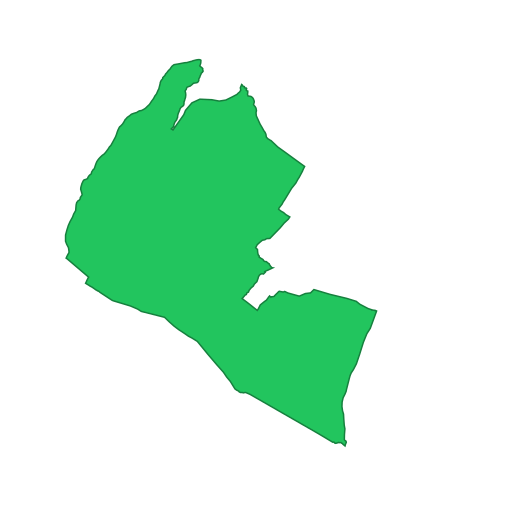 Kaskazini B, Kaskazini-Unguja, United Republic of Tanzania, rotated 38°
{"feature_id": "72390352B15073652071238", "entity_name": "Kaskazini B", "entity_type": "district", "adm_level": 2, "iso_a3": "TZA", "parent_name": "United Republic of Tanzania", "parent_adm1": "Kaskazini-Unguja", "projection": "mercator", "projection_center": [39.266, -5.966], "detail": "fine", "context": "isolated", "style": "filled", "palette": "green", "viewbox_px": 512, "rotation_deg": 38, "n_neighbors": 0, "source": "geoboundaries", "source_scale": "gbopen_adm2", "svg_char_len": 5940}
<svg xmlns="http://www.w3.org/2000/svg" viewBox="0 0 512 512"><g transform="rotate(38 256 256)"><path d="M139.1,129.7L140.1,133.1L141.9,134.7L142.1,136.8L141.7,138.6L141.5,140.4L139.2,145.5L136.2,151.7L131.6,156.6L124.9,160.1L115.2,167.0L111.2,174.8L110.8,184.6L112.1,189.1L113.0,207.8L111.0,208.0L111.4,204.6L110.6,203.4L110.0,201.6L109.7,200.7L109.6,197.3L109.1,196.4L109.0,195.3L108.6,194.7L107.7,193.3L107.0,191.6L106.1,188.3L105.5,186.7L105.4,185.0L106.1,182.9L106.1,181.4L105.2,179.9L104.4,178.9L104.1,177.7L103.6,176.6L102.8,174.4L101.5,172.3L100.1,170.8L98.6,169.7L98.4,168.6L98.5,167.9L97.7,165.7L98.0,164.9L98.5,164.2L99.1,163.2L99.5,162.7L100.0,160.6L100.4,158.3L100.9,157.8L102.8,155.7L103.1,154.8L103.1,154.0L102.9,153.0L101.8,151.5L101.7,150.0L101.4,149.2L101.0,148.1L100.8,146.8L100.3,145.6L100.7,144.2L100.4,143.8L100.5,142.8L99.7,142.4L99.0,141.6L98.7,141.1L97.5,140.9L96.4,140.9L95.2,141.0L94.5,140.7L94.5,139.9L94.0,138.9L93.7,138.0L92.2,135.8L91.8,135.6L90.9,135.9L90.2,136.3L89.2,137.2L88.1,138.4L86.8,140.1L86.2,140.8L85.6,142.0L84.6,143.2L82.4,146.2L81.0,147.4L79.4,149.2L76.7,152.3L74.6,154.6L73.6,155.7L73.3,156.9L73.0,158.0L73.0,159.9L73.2,161.5L73.0,162.3L72.8,164.5L72.9,166.4L72.7,168.4L73.1,169.9L72.9,171.2L72.7,172.8L73.3,173.6L73.3,174.4L73.2,176.1L73.7,178.1L74.3,179.1L76.6,184.3L76.7,185.3L77.8,189.6L77.8,192.2L78.2,194.2L78.4,196.0L78.4,198.4L78.6,200.3L78.7,202.3L78.3,204.8L78.0,207.1L77.7,208.4L76.8,210.6L76.1,212.0L75.0,213.1L74.4,214.1L73.6,216.4L72.0,218.6L70.5,221.0L70.1,223.1L69.2,226.0L69.1,228.2L68.9,229.0L69.3,231.2L69.6,234.1L69.3,237.0L69.0,238.2L69.3,240.1L69.5,240.6L69.6,241.4L70.3,243.7L71.3,246.4L72.0,248.8L73.0,254.6L73.6,258.5L73.3,260.0L73.6,262.5L73.7,267.0L73.5,269.4L72.9,271.2L72.5,273.8L72.3,275.9L72.3,277.8L72.5,279.8L73.2,282.3L74.5,285.9L74.8,287.1L74.8,287.4L74.5,288.0L74.8,291.1L75.6,292.6L75.2,294.1L75.0,295.5L75.1,297.1L75.3,298.0L75.6,298.5L75.5,298.9L74.7,300.5L74.1,301.2L73.6,302.1L73.6,303.3L74.3,306.3L75.7,309.7L76.7,311.3L79.1,313.0L81.1,314.5L81.4,315.4L81.5,317.7L81.6,318.2L82.2,319.1L82.4,320.8L81.8,321.8L81.8,324.3L82.8,326.5L85.9,331.2L86.5,335.2L87.5,338.3L88.3,343.4L89.3,347.4L91.0,352.0L92.2,354.8L93.0,356.7L96.8,361.6L99.4,363.2L103.1,364.9L105.4,367.1L106.5,368.3L106.8,370.4L107.2,372.6L107.7,374.6L108.8,374.5L137.1,375.7L137.1,376.2L137.8,379.5L138.0,380.3L138.2,380.9L138.5,382.4L139.7,382.3L141.9,382.0L143.7,381.9L145.8,381.5L147.1,381.4L149.1,381.3L149.6,381.3L150.6,381.3L150.9,381.2L151.3,381.1L152.2,381.0L152.5,381.1L152.8,380.7L153.6,380.7L154.4,380.6L155.4,380.7L170.0,379.5L171.3,379.1L187.8,372.7L195.4,370.7L199.7,370.3L221.7,360.6L228.4,361.3L234.7,361.7L240.6,361.6L247.9,361.0L252.1,360.8L255.9,360.1L262.3,359.4L278.7,363.1L292.9,366.0L301.8,367.6L307.3,369.4L312.9,370.6L321.3,373.7L323.5,373.6L324.7,373.3L325.8,373.2L326.1,373.4L326.7,373.4L327.1,373.2L327.6,373.2L327.9,373.1L328.5,372.6L329.1,372.1L329.7,371.8L330.0,371.8L330.3,371.6L330.5,371.4L330.6,371.2L331.2,370.6L331.3,370.4L331.7,370.1L331.9,369.9L336.5,368.7L414.4,357.6L431.1,355.5L431.6,355.0L431.8,354.7L432.0,354.6L432.7,354.8L433.2,354.9L433.4,354.9L433.8,354.8L433.9,354.7L434.4,354.1L434.6,354.0L434.8,353.7L435.0,353.5L435.2,353.0L435.5,352.7L435.6,352.3L435.8,352.1L436.3,352.0L437.6,350.9L437.9,350.7L438.3,350.8L438.7,350.8L439.3,350.6L439.5,350.6L439.9,350.7L440.3,350.8L443.1,350.9L442.9,350.4L442.4,349.2L441.9,347.3L440.9,346.5L439.4,346.6L438.6,346.2L435.6,342.2L432.5,337.5L429.6,334.9L425.6,330.5L422.3,326.7L419.6,324.8L416.4,321.7L413.8,318.1L411.9,314.0L411.7,312.9L411.1,309.9L410.3,307.1L409.4,305.3L408.4,303.0L405.1,295.5L403.8,292.4L403.0,289.5L402.7,285.7L401.5,279.2L398.1,269.5L393.7,257.8L391.2,249.0L390.6,242.7L387.4,232.8L384.9,225.1L384.4,225.2L383.6,225.6L383.3,225.8L383.1,225.6L382.5,226.1L381.7,226.5L381.3,226.8L381.3,226.7L380.9,226.9L376.7,228.4L367.4,230.1L362.9,230.0L353.7,233.5L338.1,240.6L322.3,246.8L321.7,251.5L318.0,255.2L314.8,261.0L303.9,265.5L300.4,266.3L299.7,267.6L296.0,269.5L295.7,270.7L295.7,271.3L295.3,274.1L295.2,275.1L295.1,275.6L295.2,276.5L295.0,276.9L294.4,277.5L294.0,278.0L293.2,278.7L293.1,279.0L293.1,279.3L291.3,279.1L291.3,279.8L291.2,280.9L291.3,281.3L291.4,284.5L291.0,285.6L290.6,287.1L289.5,291.9L289.9,293.8L290.4,296.5L290.5,298.1L280.8,298.0L278.3,298.0L271.3,298.1L271.5,293.3L272.1,292.3L271.5,290.6L272.3,289.1L271.7,287.3L271.8,284.2L272.4,281.3L272.0,279.3L272.3,276.8L272.5,275.7L271.2,271.8L270.8,271.2L270.5,269.0L270.6,268.4L270.9,267.4L271.6,266.3L273.0,265.6L273.3,263.0L272.5,262.8L276.5,255.0L276.3,255.1L276.0,255.3L275.8,255.4L275.5,255.4L274.5,255.2L274.1,255.2L271.7,254.4L271.2,254.0L270.7,254.1L270.2,254.2L269.4,254.1L267.5,254.1L267.1,254.4L266.4,254.9L265.7,255.0L264.7,254.9L263.8,254.5L263.1,254.5L261.8,254.7L261.0,254.8L260.5,254.8L260.2,254.9L259.1,254.9L258.8,254.3L258.0,253.8L257.4,253.9L256.1,253.0L255.0,252.0L253.1,249.9L251.6,249.8L250.6,249.7L250.0,246.4L250.6,242.8L251.3,239.7L253.0,237.7L253.7,235.7L254.7,234.9L255.4,234.3L256.1,233.6L257.7,219.0L257.9,212.9L258.8,207.1L258.6,204.4L256.3,204.7L254.1,205.0L251.0,204.8L248.5,205.2L245.1,205.3L244.7,204.4L244.6,202.9L244.6,200.7L244.6,198.9L244.4,198.1L244.2,197.0L244.1,196.2L244.0,194.2L242.4,180.7L242.5,174.1L241.8,169.9L241.6,167.5L240.4,160.5L240.1,159.6L239.6,157.5L239.2,155.5L222.1,156.1L215.7,156.3L206.0,156.7L196.8,155.8L196.0,156.0L193.0,156.3L190.9,155.9L188.9,154.0L188.0,153.5L187.3,153.2L187.1,153.0L185.2,152.5L181.7,151.0L178.1,149.6L170.0,145.4L167.8,143.1L166.9,141.2L165.0,139.5L163.3,138.8L161.8,138.6L160.8,138.1L159.9,135.9L159.3,135.1L157.2,133.8L155.7,133.3L153.7,133.4L151.2,134.8L149.7,133.8L149.1,132.6L148.0,131.1L147.1,131.4L146.4,131.4L146.0,131.0L145.7,130.5L145.7,130.0L145.5,129.8L145.0,129.6L144.6,129.9L143.3,130.5L142.9,129.9L142.5,129.7L141.6,130.0L140.6,130.2L140.0,129.7L139.1,129.7Z" fill="#22c55e" stroke="#15803d" stroke-width="1.5"/></g></svg>